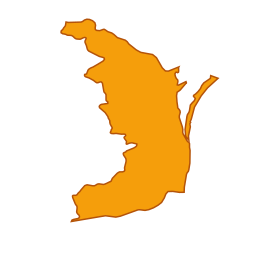 the County of Klaipedos, rotated 189°
{"feature_id": "LTU-935", "entity_name": "Klaipedos", "entity_type": "County", "adm_level": 1, "iso_a3": "LTU", "parent_name": "Lithuania", "parent_adm1": "", "projection": "robinson", "projection_center": [21.636, 55.706], "detail": "fine", "context": "isolated", "style": "filled", "palette": "amber", "viewbox_px": 256, "rotation_deg": 189, "n_neighbors": 0, "source": "natural_earth", "source_scale": "10m", "svg_char_len": 3648}
<svg xmlns="http://www.w3.org/2000/svg" viewBox="0 0 256 256"><g transform="rotate(189 128 128)"><path d="M62.5,73.3L67.0,72.5L73.8,72.4L78.6,71.5L80.3,68.7L81.2,64.6L83.2,59.7L86.2,56.5L90.3,53.2L94.7,50.6L98.3,49.3L103.6,49.1L105.4,48.7L113.2,44.4L121.8,39.7L126.1,38.1L136.5,37.8L142.6,35.8L169.3,26.8L168.9,28.3L167.4,29.2L163.2,30.8L162.4,31.5L162.0,32.6L162.3,33.5L162.9,34.4L163.8,34.9L164.9,35.9L165.6,37.1L165.7,40.2L165.9,41.8L166.3,42.9L167.7,44.2L168.3,45.0L171.7,50.6L172.2,52.1L171.9,52.7L170.9,53.1L169.7,53.2L168.7,53.5L167.9,54.2L167.1,55.8L166.4,56.8L165.8,57.4L164.5,59.9L161.7,64.3L160.7,64.9L159.5,65.5L153.7,65.4L152.1,65.7L151.2,66.3L150.0,67.4L149.0,68.0L147.8,68.3L143.3,68.4L142.0,69.0L136.4,72.8L135.6,75.8L131.6,81.6L130.4,82.7L129.3,83.4L126.6,83.8L125.1,84.6L124.6,85.6L124.7,86.4L125.0,87.3L125.2,88.3L124.7,94.3L124.8,95.7L125.2,97.1L125.8,98.0L127.9,100.3L128.4,101.1L128.7,102.3L128.2,103.0L126.5,104.0L126.1,104.8L125.6,105.3L119.4,109.0L117.8,110.3L117.0,111.2L116.7,111.9L116.6,112.7L116.8,113.6L121.8,114.0L122.8,113.7L124.3,113.2L126.6,111.8L127.2,112.0L127.4,112.7L127.3,113.7L127.4,114.6L128.8,116.1L129.7,116.9L130.2,117.6L130.4,118.2L130.0,118.8L129.4,119.5L129.1,120.2L129.6,121.2L130.5,121.4L131.9,121.2L133.3,120.9L138.9,120.8L141.7,120.1L143.6,120.0L144.5,120.4L144.8,121.0L144.5,121.8L144.3,122.6L144.3,123.5L144.0,124.2L143.6,125.1L143.7,125.9L146.0,128.8L146.4,129.6L146.7,130.3L147.2,132.4L147.8,133.3L148.7,134.3L149.2,135.0L149.5,136.0L153.0,139.7L159.3,143.6L159.8,144.9L159.5,145.7L158.8,146.6L157.9,147.2L151.8,149.1L152.0,150.6L153.8,151.6L154.1,152.4L154.9,157.4L155.6,158.4L157.3,159.8L157.8,161.0L160.3,168.3L161.5,169.3L162.7,169.2L164.8,168.0L165.9,167.8L167.0,168.2L169.5,169.6L174.2,171.3L178.1,172.0L178.8,172.5L179.1,172.9L179.2,174.1L177.4,174.9L176.5,179.0L175.6,180.3L174.0,181.6L172.0,182.8L163.2,190.1L162.0,192.1L162.4,193.3L163.7,193.8L167.5,194.2L178.7,197.8L179.8,198.6L180.5,199.5L182.0,202.9L183.8,205.8L184.0,206.7L184.0,207.4L183.3,209.8L183.8,210.6L184.9,210.7L186.3,210.1L188.4,208.6L189.2,208.2L192.3,207.9L193.5,208.0L194.6,208.5L196.8,210.0L198.1,210.5L199.4,210.5L201.9,210.2L202.9,210.3L203.9,210.7L204.9,210.8L206.0,210.9L207.0,210.8L209.0,211.6L209.2,213.3L208.7,214.1L207.8,215.2L207.3,216.6L206.0,218.8L205.8,219.8L205.8,223.0L203.6,222.9L190.8,225.3L189.2,226.4L187.9,227.8L185.7,229.0L183.0,229.2L179.8,228.4L177.2,226.8L176.1,224.4L176.1,221.9L175.7,220.2L174.3,219.5L171.2,219.7L168.1,221.4L167.1,221.8L165.9,221.4L163.0,220.0L158.9,219.3L156.6,218.2L152.6,215.6L144.4,214.3L142.3,213.1L140.3,211.1L132.0,206.4L127.2,204.7L115.2,204.4L110.9,201.9L103.6,192.8L100.0,190.2L97.0,190.5L87.3,196.3L87.5,195.6L86.9,192.2L86.9,191.0L87.7,190.4L88.6,190.7L89.4,190.6L90.1,189.1L89.9,187.9L89.1,186.1L88.1,184.6L87.3,183.9L86.4,183.2L86.0,181.7L86.1,178.3L84.9,178.2L78.0,182.9L77.4,181.8L77.4,181.4L77.7,181.3L82.3,173.8L83.3,172.7L85.1,171.0L85.1,167.4L83.7,161.4L82.3,156.9L82.1,155.8L81.6,155.3L80.5,154.4L79.4,153.2L78.9,151.7L79.0,149.9L79.2,148.7L79.2,147.6L78.9,146.1L74.5,137.6L73.6,135.0L73.3,132.2L72.6,130.7L67.7,124.6L66.5,123.7L65.5,123.2L64.8,122.2L64.2,118.5L63.2,115.6L61.4,103.0L61.4,96.4L61.6,94.8L62.7,92.7L63.0,91.3L63.1,78.5L62.5,73.3ZM54.5,192.7L46.8,191.2L55.7,180.1L60.7,171.3L65.6,159.1L66.9,146.6L67.6,144.0L67.0,143.3L67.6,141.9L66.6,138.9L67.0,129.6L66.0,125.5L69.8,128.9L71.4,135.5L71.6,148.6L71.4,150.5L70.3,153.0L70.0,154.7L70.0,160.4L68.6,162.8L66.8,165.3L66.1,167.6L68.3,169.6L68.3,170.5L66.6,172.1L64.5,174.9L62.6,178.3L61.8,181.4L60.2,184.4L54.4,189.9L54.5,192.7Z" fill="#f59e0b" stroke="#b45309" stroke-width="1.5"/></g></svg>